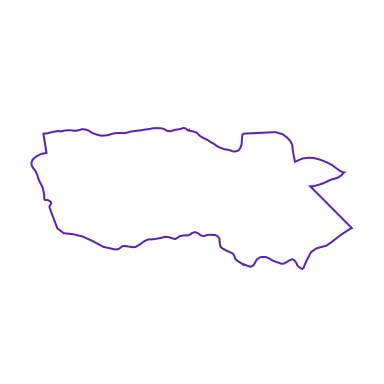 outline of Monchy/Ti Dauphin, Gros Islet, Saint Lucia, rotated 96°
{"feature_id": "8701671B56834223394204", "entity_name": "Monchy/Ti Dauphin", "entity_type": "district", "adm_level": 2, "iso_a3": "LCA", "parent_name": "Saint Lucia", "parent_adm1": "Gros Islet", "projection": "robinson", "projection_center": [-60.932, 14.041], "detail": "fine", "context": "isolated", "style": "outline", "palette": "violet", "viewbox_px": 384, "rotation_deg": 96, "n_neighbors": 0, "source": "geoboundaries", "source_scale": "gbopen_adm2", "svg_char_len": 5491}
<svg xmlns="http://www.w3.org/2000/svg" viewBox="0 0 384 384"><g transform="rotate(96 192 192)"><path d="M130.9,201.7L131.2,202.0L130.9,202.8L130.0,204.1L129.5,205.2L129.2,206.6L129.3,207.4L130.4,209.8L131.1,212.0L131.7,214.7L132.7,217.1L133.7,219.5L134.0,222.3L133.1,224.6L132.0,227.3L131.9,230.1L132.1,233.0L132.3,235.3L132.8,237.9L133.7,240.7L134.1,242.0L134.4,243.3L134.9,245.5L135.6,247.8L136.3,250.6L136.8,253.2L137.6,256.3L138.6,260.0L139.6,262.6L140.5,265.1L140.6,266.8L140.9,270.3L141.5,274.0L142.4,277.5L143.7,280.2L144.7,283.2L145.2,286.4L145.5,288.8L144.9,292.3L144.3,295.1L143.8,297.2L142.8,299.1L141.8,301.3L141.2,303.5L140.9,306.0L140.9,307.6L142.1,310.4L142.9,312.7L143.5,314.8L143.3,317.4L143.3,319.4L143.6,321.7L144.0,324.3L144.8,326.5L145.5,329.3L145.3,331.8L146.1,334.1L146.9,337.1L148.8,342.0L149.5,345.9L168.4,340.8L168.8,342.4L169.4,344.4L170.1,346.2L171.5,348.6L172.6,350.1L174.8,352.5L176.7,354.0L179.9,354.7L181.7,354.4L182.9,353.8L184.7,352.6L186.6,350.6L188.7,349.1L190.8,347.9L193.1,346.9L196.1,345.5L197.7,344.6L199.1,343.6L200.7,342.6L202.1,341.7L203.2,341.0L204.6,340.5L206.7,339.9L207.4,339.6L209.2,338.9L209.7,338.8L211.5,338.5L212.0,338.5L212.9,338.5L214.3,338.1L215.2,337.6L215.2,336.8L215.1,335.8L215.0,335.1L215.2,334.2L215.6,333.3L216.1,332.1L216.6,331.5L217.3,331.1L218.2,330.9L219.9,331.7L221.4,332.2L222.4,332.0L222.7,331.9L242.4,322.0L246.4,315.1L246.4,305.8L247.8,295.9L251.1,285.9L255.8,274.4L257.2,262.3L256.6,259.4L255.0,257.4L253.2,255.6L252.7,253.6L252.8,250.8L252.9,248.2L253.1,245.2L252.6,242.4L250.9,240.1L249.8,238.5L247.8,236.5L245.9,234.2L243.8,230.8L243.4,227.5L242.8,224.6L241.8,221.0L240.5,216.9L239.6,214.7L239.2,212.1L239.5,209.5L240.1,206.6L240.4,205.0L240.5,203.7L239.0,201.5L238.8,201.4L238.1,200.6L237.2,199.6L237.0,198.8L236.7,197.8L236.4,197.2L236.0,195.4L235.9,194.7L235.8,193.8L235.7,193.0L235.5,191.4L235.1,190.6L234.6,189.8L234.2,189.1L233.7,188.5L233.2,188.1L232.7,187.4L232.3,186.4L231.9,185.7L231.6,185.0L231.7,184.2L232.0,183.4L232.2,182.4L232.5,181.7L233.1,180.4L233.5,179.9L233.8,179.4L234.1,178.8L234.3,177.9L234.5,176.5L234.7,175.5L234.3,174.6L233.9,174.1L233.3,172.6L232.9,171.5L232.8,170.7L232.7,169.9L232.6,168.5L232.6,167.6L232.5,166.6L232.4,165.6L232.4,164.4L232.7,163.4L233.1,162.5L233.5,161.7L233.9,161.3L234.5,160.7L235.2,160.1L236.0,159.7L236.6,159.6L238.0,159.4L238.9,159.2L239.6,159.0L240.4,158.9L241.0,158.8L241.8,158.6L242.3,158.3L243.3,157.9L243.9,157.3L244.7,156.1L245.2,155.4L245.5,154.5L245.8,153.7L246.4,152.3L246.8,151.4L247.1,150.6L247.3,149.6L247.7,148.3L248.0,147.5L248.4,146.4L248.7,145.7L248.9,145.0L249.3,144.6L250.0,144.1L250.9,143.5L251.6,143.1L252.6,142.5L253.5,142.3L254.2,141.7L254.8,140.8L255.6,139.9L256.0,139.0L256.5,138.1L256.9,137.3L257.1,136.8L257.3,136.1L257.4,135.9L259.1,133.3L258.4,133.0L258.7,132.2L258.9,131.4L259.3,130.4L259.6,129.1L259.8,128.0L260.0,127.0L260.3,126.1L259.9,125.3L259.4,124.7L259.1,124.1L258.8,123.8L258.4,123.3L257.9,122.9L257.1,122.5L255.9,122.0L255.2,121.7L254.2,121.3L253.5,121.0L252.4,120.5L251.8,119.9L251.2,119.1L250.6,118.5L249.8,117.3L249.4,116.5L249.4,116.1L249.4,115.4L249.3,115.1L249.2,114.5L249.1,112.9L248.9,112.2L249.1,111.2L249.2,110.7L249.4,110.3L249.5,109.7L249.8,108.8L250.3,107.7L250.6,107.0L251.2,106.0L251.5,105.2L251.7,104.6L252.0,103.8L252.2,102.9L252.4,101.9L252.7,101.0L253.0,99.7L253.2,98.9L253.5,97.8L253.7,97.0L253.9,96.1L253.9,95.5L253.9,95.0L253.9,94.5L253.7,93.6L253.4,92.8L252.6,91.7L252.1,91.0L251.6,90.2L251.1,89.5L250.1,88.4L249.7,87.6L249.1,86.7L248.7,86.0L248.4,85.4L248.6,84.5L248.9,83.8L249.5,82.9L250.1,82.3L250.6,81.8L251.1,81.3L251.7,80.8L252.4,80.4L253.2,80.0L254.4,79.1L254.9,78.6L255.4,77.8L255.9,77.0L256.3,76.2L256.5,75.7L256.9,74.8L257.0,74.3L255.8,73.1L252.6,72.3L247.9,70.7L239.4,67.4L235.2,62.6L233.0,57.3L231.6,53.2L228.4,49.2L226.4,47.1L225.2,45.9L221.0,41.5L216.7,36.6L212.1,30.9L211.2,29.3L174.0,75.0L173.8,73.7L173.5,72.0L173.1,70.7L172.3,68.6L172.0,68.0L171.8,67.3L171.1,65.7L170.3,63.8L170.2,63.5L169.9,63.0L169.2,61.7L168.0,59.6L166.9,58.0L166.7,57.6L165.7,55.9L164.9,54.2L164.4,53.2L163.7,51.2L163.3,50.2L162.5,48.6L161.9,47.6L161.0,46.6L160.1,45.6L159.5,45.0L157.9,43.8L157.0,43.3L156.7,42.9L156.7,43.3L156.4,44.5L155.9,46.1L155.2,47.6L154.4,49.0L153.6,50.4L152.7,52.1L152.0,53.2L151.5,53.9L150.5,55.7L150.0,57.2L149.3,58.7L149.0,59.5L148.4,61.2L147.6,64.0L147.0,66.0L146.5,68.0L146.0,70.8L145.7,73.0L145.5,75.0L145.5,75.8L145.7,79.2L145.8,79.8L147.1,85.6L148.1,87.2L148.2,87.5L149.0,88.9L149.9,90.5L151.2,92.7L141.7,95.7L134.3,97.4L130.7,99.8L127.8,103.3L125.0,108.1L124.2,113.0L123.7,115.1L128.6,146.8L129.9,147.8L130.1,147.9L130.8,147.9L135.9,147.8L137.5,147.7L139.5,147.7L140.6,147.9L141.4,148.1L142.6,148.5L143.7,148.8L144.8,149.4L145.5,149.8L146.2,150.8L146.4,151.2L146.8,152.0L147.0,152.8L147.3,153.7L147.3,154.3L147.4,155.1L147.2,156.2L146.9,157.1L146.6,158.4L146.4,159.2L146.3,160.7L146.2,161.4L146.1,162.8L146.1,163.3L146.0,164.5L145.8,165.4L145.7,166.0L145.5,166.6L145.3,167.4L145.1,168.2L144.8,169.1L144.6,169.8L144.1,170.9L143.9,171.7L143.4,172.5L142.9,173.3L142.2,174.5L141.8,175.3L141.4,176.2L141.1,177.0L140.9,177.7L140.6,178.3L140.2,179.1L139.7,180.1L139.3,180.8L138.6,182.1L138.3,182.8L137.9,183.9L137.6,184.7L137.2,186.1L137.0,186.8L136.4,187.8L136.2,188.3L136.1,188.6L135.5,189.7L135.1,190.4L132.4,193.6L132.2,194.4L132.1,194.6L132.0,195.5L131.7,197.0L131.6,197.7L131.5,198.7L131.5,199.8L131.3,201.7L130.9,201.7Z" fill="none" stroke="#5b21b6" stroke-width="2"/></g></svg>